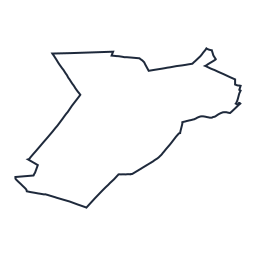 outline of Pielesti, Dolj, Romania
{"feature_id": "2599482B41657054253301", "entity_name": "Pielesti", "entity_type": "district", "adm_level": 2, "iso_a3": "ROU", "parent_name": "Romania", "parent_adm1": "Dolj", "projection": "robinson", "projection_center": [23.982, 44.341], "detail": "fine", "context": "isolated", "style": "outline", "palette": "slate", "viewbox_px": 256, "rotation_deg": 0, "n_neighbors": 0, "source": "geoboundaries", "source_scale": "gbopen_adm2", "svg_char_len": 3997}
<svg xmlns="http://www.w3.org/2000/svg" viewBox="0 0 256 256"><path d="M86.4,207.6L94.9,198.3L102.3,190.6L105.5,187.4L107.0,186.0L108.1,185.0L110.1,182.9L114.0,179.3L117.4,175.6L118.4,174.6L118.5,174.4L119.7,174.3L120.5,174.4L121.1,174.4L121.4,174.4L122.0,174.3L123.1,174.3L125.7,174.4L126.6,174.3L127.5,174.2L128.2,174.2L129.3,174.2L130.0,174.3L130.5,174.3L130.9,174.0L131.3,174.0L131.5,174.1L132.1,174.0L132.5,173.8L147.0,165.0L153.3,161.2L154.4,160.3L155.5,159.6L156.3,159.1L156.8,158.8L157.3,158.5L157.8,158.1L158.8,157.3L160.2,155.9L161.1,155.1L161.9,154.2L162.7,153.1L164.1,151.5L165.2,150.1L166.1,149.0L169.9,144.6L171.8,142.2L173.4,140.1L176.0,136.7L178.8,133.5L179.6,133.2L180.1,133.1L180.1,132.7L180.4,131.7L180.5,131.0L181.5,127.1L182.1,124.7L182.4,123.1L182.4,122.8L182.3,122.6L182.3,122.4L182.3,122.2L183.3,121.9L185.1,121.5L186.8,121.0L188.2,120.7L189.3,120.4L190.5,120.2L191.7,119.9L193.1,119.5L194.2,119.3L194.7,119.0L195.7,118.6L197.0,117.8L197.7,117.5L198.3,117.2L198.9,117.0L199.7,116.7L200.3,116.5L200.9,116.4L201.6,116.3L202.3,116.3L203.0,116.3L203.5,116.4L204.2,116.5L205.4,116.7L206.2,116.9L207.1,117.1L208.7,117.4L209.1,117.5L209.5,117.6L210.0,117.7L210.3,117.7L210.7,117.7L211.0,117.7L211.3,117.7L211.8,117.7L213.1,117.0L213.7,116.9L214.3,116.8L214.7,116.7L215.1,116.5L215.8,116.1L216.5,115.6L216.7,115.4L217.3,115.1L218.1,114.5L218.8,114.1L220.8,113.1L222.1,112.6L222.9,112.3L224.0,112.2L226.3,112.2L227.8,112.6L229.3,112.9L230.1,113.0L231.9,111.4L233.7,109.7L237.9,105.7L238.5,105.1L239.7,104.1L240.3,103.6L239.9,103.2L239.6,103.0L239.0,102.9L238.4,104.0L237.9,104.7L235.8,103.6L236.4,102.8L236.6,102.2L237.1,101.1L237.7,99.3L238.1,97.9L238.9,94.8L239.3,93.4L239.9,92.1L240.6,90.6L239.3,89.8L239.5,89.2L240.0,87.8L240.6,85.8L239.6,85.6L238.9,85.5L237.9,85.5L236.5,85.1L235.9,84.8L235.1,84.5L235.1,84.1L235.1,82.6L235.1,79.4L229.9,77.1L223.5,74.1L218.0,71.7L215.3,70.4L214.2,69.9L213.6,69.7L213.3,69.6L210.6,68.5L207.3,66.9L206.2,66.3L205.2,65.9L205.4,65.8L205.6,65.8L205.8,65.7L206.1,65.5L206.3,65.4L206.7,65.2L206.9,65.0L207.5,64.5L208.8,63.7L209.9,63.0L210.8,62.5L211.6,62.0L212.3,61.6L213.3,61.0L214.1,60.5L215.3,59.7L215.7,59.4L215.8,59.3L215.8,59.2L215.3,58.5L215.0,58.0L214.1,56.6L213.4,55.5L213.2,54.9L212.9,53.9L212.6,52.9L212.2,51.6L211.9,50.8L211.8,50.5L211.8,50.3L210.3,50.0L208.8,49.6L207.4,49.0L206.8,48.7L206.4,48.4L206.2,48.7L205.9,49.2L205.6,49.7L203.1,52.7L202.3,53.8L201.9,54.4L201.4,55.0L201.1,55.3L200.9,55.6L200.3,56.3L198.9,57.6L195.2,61.1L193.8,62.3L192.4,63.7L190.7,64.0L188.7,64.3L185.9,64.8L182.1,65.4L176.4,66.1L170.1,67.3L167.1,67.7L165.2,68.1L162.3,68.6L154.1,69.9L148.7,70.8L145.2,64.4L144.2,62.3L142.3,60.4L140.4,59.1L139.7,58.5L139.5,58.3L131.7,57.6L126.8,57.2L124.4,57.2L122.5,56.8L118.7,56.2L116.6,56.1L113.8,55.8L111.6,55.6L112.4,53.4L113.1,51.7L71.3,53.1L54.5,53.5L52.3,53.5L52.6,54.0L53.6,55.3L56.3,59.5L58.3,62.8L59.5,64.6L61.0,66.7L62.0,68.1L62.4,68.6L63.2,69.6L63.6,70.1L64.0,70.8L65.8,73.6L66.7,74.8L67.2,75.6L67.6,76.5L68.6,78.2L69.4,79.2L71.3,82.2L72.3,83.7L72.8,84.4L72.9,84.5L73.4,85.1L74.7,87.1L75.2,88.0L76.9,90.4L77.8,91.6L79.3,93.4L80.3,94.8L79.3,96.2L76.3,100.1L73.9,103.2L71.9,105.8L68.2,111.3L67.5,112.3L66.5,113.4L65.5,114.7L63.6,117.3L62.7,118.6L60.9,121.0L59.2,123.3L57.4,125.7L56.8,126.4L55.4,128.0L54.3,129.4L53.9,129.9L53.3,130.6L53.2,130.8L47.8,137.2L43.8,141.8L35.6,151.4L33.8,153.4L32.6,154.8L30.4,157.4L29.2,159.0L28.0,159.4L37.8,165.1L35.0,172.8L34.4,173.6L34.0,174.5L33.8,175.0L33.5,175.5L15.4,177.0L15.4,178.1L15.5,178.4L15.5,178.6L15.6,178.9L15.8,179.1L16.1,179.5L16.6,180.0L17.5,180.9L18.0,181.4L19.3,182.6L19.7,183.0L20.6,183.8L22.0,185.2L22.8,186.0L24.3,187.4L25.2,188.3L26.1,189.3L26.3,189.6L26.5,190.1L26.6,190.7L26.7,190.8L26.8,191.3L30.6,192.1L34.8,192.8L38.5,193.5L39.4,193.6L44.0,194.4L45.5,194.3L46.3,194.6L47.2,194.8L50.4,195.8L51.1,196.0L55.4,197.3L56.5,197.7L64.0,199.9L69.6,201.5L76.9,204.2L77.4,204.4L81.2,205.7L86.0,207.4L86.4,207.6Z" fill="none" stroke="#1e293b" stroke-width="2"/></svg>